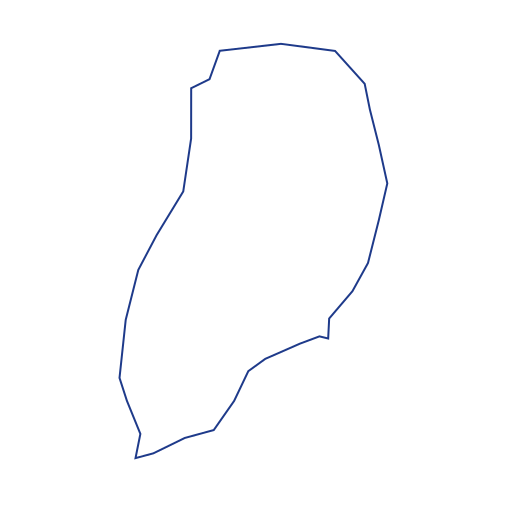 outline of Kungsör, Västmanland, Sweden, rotated 276°
{"feature_id": "70781695B35489604221157", "entity_name": "Kungsör", "entity_type": "district", "adm_level": 2, "iso_a3": "SWE", "parent_name": "Sweden", "parent_adm1": "Västmanland", "projection": "orthographic", "projection_center": [16.093, 59.436], "detail": "fine", "context": "isolated", "style": "outline", "palette": "blue", "viewbox_px": 512, "rotation_deg": 276, "n_neighbors": 0, "source": "geoboundaries", "source_scale": "gbopen_adm2", "svg_char_len": 556}
<svg xmlns="http://www.w3.org/2000/svg" viewBox="0 0 512 512"><g transform="rotate(276 256 256)"><path d="M456.3,198.5L456.2,198.5L427.0,191.3L416.1,174.0L366.1,179.2L312.6,176.9L266.4,155.0L229.9,140.4L178.9,133.1L120.5,133.0L98.6,142.7L67.0,159.6L42.4,157.3L49.0,174.5L67.6,204.2L78.5,232.2L109.6,249.4L140.7,260.4L154.7,276.0L173.4,308.8L182.7,327.5L181.5,336.4L201.5,335.3L231.1,355.6L260.7,368.1L304.5,374.4L341.9,379.0L379.4,366.5L413.7,353.9L438.6,346.1L468.2,313.2L469.6,258.6L456.3,198.5Z" fill="none" stroke="#1e3a8a" stroke-width="2"/></g></svg>